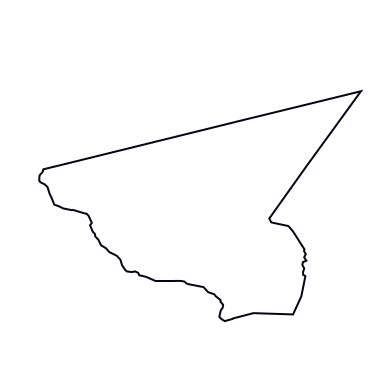 outline of Rusape, Manicaland, Zimbabwe, rotated 278°
{"feature_id": "62879985B51591282802552", "entity_name": "Rusape", "entity_type": "district", "adm_level": 2, "iso_a3": "ZWE", "parent_name": "Zimbabwe", "parent_adm1": "Manicaland", "projection": "equal_earth", "projection_center": [32.12, -18.535], "detail": "fine", "context": "isolated", "style": "outline", "palette": "ink", "viewbox_px": 384, "rotation_deg": 278, "n_neighbors": 0, "source": "geoboundaries", "source_scale": "gbopen_adm2", "svg_char_len": 1238}
<svg xmlns="http://www.w3.org/2000/svg" viewBox="0 0 384 384"><g transform="rotate(278 192 192)"><path d="M153.9,93.0L147.5,97.1L144.9,95.7L138.8,99.3L136.9,101.8L134.5,102.4L131.6,106.0L126.6,109.3L124.4,114.5L121.0,118.5L118.4,126.3L115.1,130.5L109.8,132.9L105.5,136.7L104.3,138.6L104.3,143.5L105.4,146.6L104.5,150.0L102.2,151.3L101.6,158.3L98.8,168.3L99.6,174.0L102.4,193.6L102.4,193.8L102.4,194.1L102.2,197.2L100.6,199.2L100.2,202.0L100.0,205.4L100.0,206.3L99.4,216.8L97.0,219.6L95.1,221.8L93.8,228.3L92.1,230.0L89.0,235.2L87.2,235.6L84.7,238.5L81.6,238.5L78.9,237.0L72.2,236.4L70.1,239.1L68.7,242.4L72.0,250.0L72.5,250.2L72.9,251.2L80.6,269.7L84.7,307.9L84.8,309.1L103.9,314.8L109.3,315.1L124.5,316.0L125.4,313.6L128.2,313.1L131.9,313.8L135.2,311.4L138.0,311.6L139.9,314.8L142.9,312.2L143.0,312.2L146.3,313.3L149.3,311.1L150.9,311.3L166.7,297.8L167.4,297.1L171.7,292.2L172.9,274.8L176.5,272.2L180.9,274.5L181.9,275.0L234.1,302.1L315.3,345.3L271.4,235.2L237.4,150.5L198.7,54.0L193.8,41.7L191.1,41.3L187.2,38.7L182.1,39.1L180.6,40.5L179.1,45.0L176.8,48.2L170.7,51.1L166.1,54.1L160.3,57.4L159.4,61.9L157.8,66.9L157.3,75.3L157.7,76.6L155.9,88.5L155.9,89.0L155.8,90.7L153.9,93.0Z" fill="none" stroke="#020617" stroke-width="2"/></g></svg>